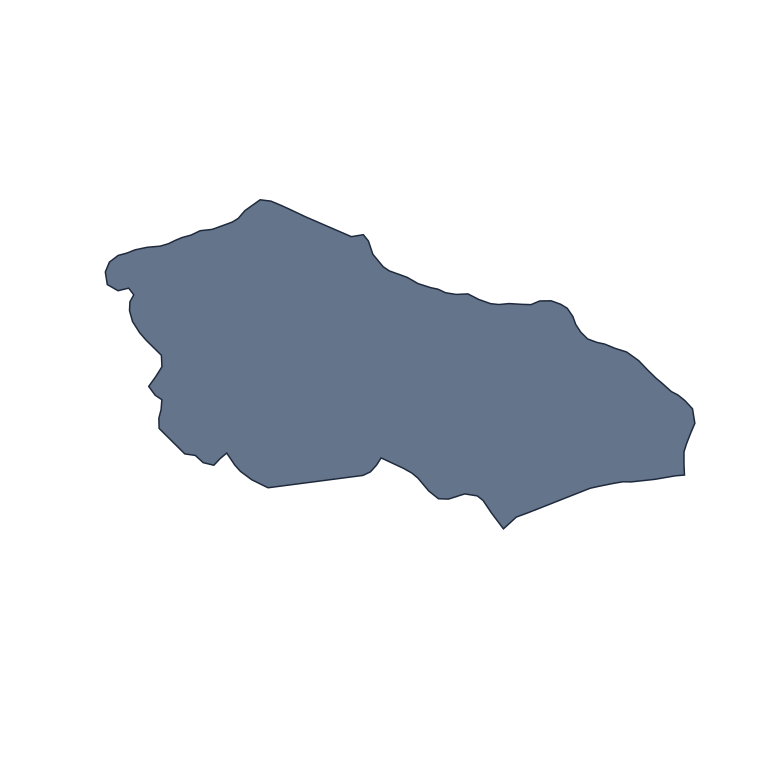 Mineiros do Tietê, São Paulo, Brazil, rotated 310°
{"feature_id": "56859067B97164365361908", "entity_name": "Mineiros do Tietê", "entity_type": "district", "adm_level": 2, "iso_a3": "BRA", "parent_name": "Brazil", "parent_adm1": "São Paulo", "projection": "albers", "projection_center": [-48.43, -22.466], "detail": "fine", "context": "isolated", "style": "filled", "palette": "slate", "viewbox_px": 768, "rotation_deg": 310, "n_neighbors": 0, "source": "geoboundaries", "source_scale": "gbopen_adm2", "svg_char_len": 1644}
<svg xmlns="http://www.w3.org/2000/svg" viewBox="0 0 768 768"><g transform="rotate(310 384 384)"><path d="M349.8,568.6L367.1,570.9L378.7,577.5L436.6,608.9L443.9,614.5L455.3,623.6L462.7,629.9L467.8,636.2L485.2,652.9L500.8,666.1L507.4,672.7L515.1,665.6L524.9,657.4L532.6,654.2L543.2,650.6L553.7,647.4L563.3,636.3L564.7,625.2L564.5,616.2L562.9,608.9L563.3,597.8L563.3,588.7L564.2,576.8L565.6,564.1L564.5,549.4L559.8,538.0L556.4,527.3L552.8,520.5L549.4,511.0L550.2,501.4L552.8,492.7L557.1,485.3L559.8,475.7L558.7,468.2L555.2,458.6L547.7,449.9L539.3,445.6L533.7,438.5L526.0,428.1L518.7,420.9L514.0,413.9L509.6,402.0L507.0,390.4L498.9,381.6L493.5,372.5L491.3,364.3L487.9,358.0L482.8,345.6L480.6,333.2L474.0,315.2L473.3,307.9L476.2,292.1L483.5,280.2L485.1,272.2L475.9,264.3L461.5,215.9L459.5,208.1L455.1,191.8L451.4,179.8L445.5,170.7L427.5,166.0L417.2,165.9L410.4,163.6L404.1,160.0L391.9,152.9L383.2,144.6L374.1,140.5L366.3,135.1L360.1,131.9L352.8,128.6L345.8,124.0L336.5,114.7L327.0,107.2L318.9,102.8L311.6,97.7L300.9,95.3L290.7,98.5L282.3,108.1L284.5,120.3L293.3,126.8L291.5,135.0L283.7,136.5L276.7,141.8L270.2,151.2L266.2,163.9L264.6,173.9L263.9,182.7L262.9,195.0L254.5,202.8L242.8,204.4L230.9,205.3L228.3,216.0L229.2,223.9L221.1,229.7L213.1,233.5L205.4,240.3L202.4,276.3L208.0,285.4L207.5,296.0L212.4,305.9L221.5,306.4L230.0,307.9L226.0,321.8L224.8,330.2L225.6,344.1L228.1,354.4L230.0,361.9L300.4,426.6L308.0,430.1L317.3,430.4L325.5,429.3L331.8,452.7L333.7,462.6L333.7,470.6L330.8,487.1L331.1,499.5L337.3,507.4L345.4,512.5L351.7,516.5L358.2,527.3L358.5,534.7L354.3,549.1L349.8,568.6Z" fill="#64748b" stroke="#1e293b" stroke-width="1.5"/></g></svg>